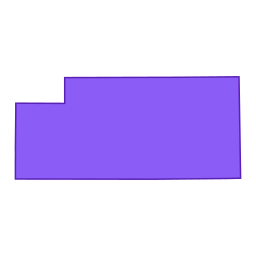 the district of Slope, North Dakota, United States of America
{"feature_id": "52423323B48039047752616", "entity_name": "Slope", "entity_type": "district", "adm_level": 2, "iso_a3": "USA", "parent_name": "United States of America", "parent_adm1": "North Dakota", "projection": "albers", "projection_center": [-103.638, 46.455], "detail": "fine", "context": "isolated", "style": "filled", "palette": "violet", "viewbox_px": 256, "rotation_deg": 0, "n_neighbors": 0, "source": "geoboundaries", "source_scale": "gbopen_adm2", "svg_char_len": 310}
<svg xmlns="http://www.w3.org/2000/svg" viewBox="0 0 256 256"><path d="M178.4,77.3L103.0,77.5L64.7,77.6L64.7,103.4L15.8,103.2L15.8,112.2L15.4,148.8L15.5,153.8L15.4,161.0L15.4,166.1L15.4,179.0L153.0,179.2L226.4,178.5L240.6,178.2L239.0,76.8L178.4,77.3Z" fill="#8b5cf6" stroke="#5b21b6" stroke-width="1.5"/></svg>